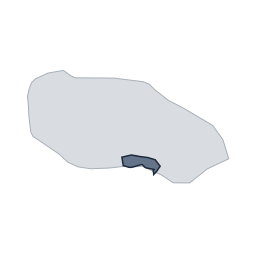 Al Daayen on a map of Qatar (Robinson projection), rotated 102°
{"feature_id": "QAT-5487", "entity_name": "Al Daayen", "entity_type": "Municipality", "adm_level": 1, "iso_a3": "QAT", "parent_name": "Qatar", "parent_adm1": "", "projection": "robinson", "projection_center": [51.482, 25.509], "detail": "fine", "context": "in_parent", "style": "filled", "palette": "slate", "viewbox_px": 256, "rotation_deg": 102, "n_neighbors": 0, "source": "natural_earth", "source_scale": "10m", "svg_char_len": 900}
<svg xmlns="http://www.w3.org/2000/svg" viewBox="0 0 256 256"><g transform="rotate(102 128 128)"><path d="M137.7,227.2L127.5,229.9L117.9,232.9L109.9,232.8L103.4,231.6L99.2,228.8L90.9,217.7L85.1,203.2L88.7,195.1L89.9,190.1L82.1,152.0L79.6,122.7L80.5,116.7L85.0,109.8L92.5,94.5L96.5,79.8L107.8,45.8L119.7,32.7L137.2,23.1L151.5,41.9L168.9,56.3L172.2,72.3L167.1,85.3L162.4,106.1L165.2,115.7L166.3,123.9L171.0,137.8L175.6,155.9L176.4,168.4L173.9,180.0L167.9,189.8L155.9,219.2L152.3,222.2L137.7,227.2Z" fill="#d9dde1" stroke="#a8b0b8" stroke-width="1"/><path d="M168.1,93.2L166.2,93.7L164.6,94.6L163.9,94.1L163.1,93.8L163.3,100.7L163.1,102.7L163.1,102.9L162.5,104.0L161.5,105.3L160.9,106.6L161.2,107.8L165.3,115.4L166.0,117.3L166.2,119.1L165.8,124.8L157.8,127.9L153.7,119.1L153.4,109.9L152.8,102.7L153.4,94.8L158.7,88.6L165.2,91.3L168.1,93.2Z" fill="#64748b" stroke="#1e293b" stroke-width="1.5"/></g></svg>